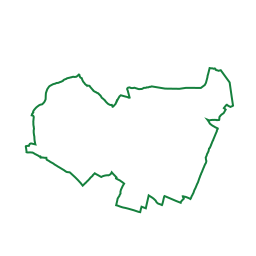 Chiesd, Satu Mare, Romania, rotated 104°
{"feature_id": "2599482B13011976625208", "entity_name": "Chiesd", "entity_type": "district", "adm_level": 2, "iso_a3": "ROU", "parent_name": "Romania", "parent_adm1": "Satu Mare", "projection": "albers", "projection_center": [22.885, 47.378], "detail": "fine", "context": "isolated", "style": "outline", "palette": "green", "viewbox_px": 256, "rotation_deg": 104, "n_neighbors": 0, "source": "geoboundaries", "source_scale": "gbopen_adm2", "svg_char_len": 5811}
<svg xmlns="http://www.w3.org/2000/svg" viewBox="0 0 256 256"><g transform="rotate(104 128 128)"><path d="M176.8,207.9L177.0,207.0L176.7,206.3L176.8,206.0L176.9,205.9L177.7,205.9L177.9,205.7L177.3,203.8L177.2,202.9L177.1,201.9L177.0,201.3L176.8,200.7L176.8,200.2L176.7,200.0L177.9,199.5L178.2,199.4L178.4,199.2L178.7,198.4L178.8,197.7L179.3,196.1L179.7,195.2L179.8,194.7L180.1,193.5L180.5,192.0L180.6,191.6L181.1,190.7L181.3,190.0L181.9,188.0L182.4,186.6L182.8,185.1L183.0,184.5L184.5,179.6L184.9,178.8L185.0,178.3L185.3,177.7L185.5,176.8L185.4,175.7L185.1,173.9L185.2,173.6L188.7,167.2L190.5,164.2L192.8,160.7L194.9,158.0L191.5,155.9L191.2,155.6L189.8,154.9L188.8,154.2L186.1,152.7L185.6,152.6L183.4,151.1L182.9,150.8L182.3,150.7L180.7,149.7L180.0,149.3L180.5,147.8L180.9,146.1L182.0,142.1L181.0,141.0L180.3,139.9L179.8,139.0L179.2,137.7L178.9,136.7L178.6,135.4L178.2,134.9L177.4,134.1L177.0,133.7L176.2,133.5L175.9,133.3L174.9,133.1L176.1,131.4L178.7,127.2L179.6,127.6L179.8,127.5L180.0,126.9L180.4,125.3L180.8,123.3L181.2,122.3L181.5,121.6L182.0,120.2L182.9,118.3L185.5,119.1L189.6,119.9L191.3,119.9L191.9,119.9L193.0,119.5L193.4,119.4L194.0,119.6L195.1,119.9L196.3,120.0L197.4,120.5L198.7,120.9L199.4,121.0L200.3,120.9L205.8,120.8L205.8,119.5L206.1,117.0L206.3,114.5L206.3,113.2L206.2,111.5L206.2,108.3L206.4,102.4L206.8,97.6L206.7,95.8L203.9,95.9L201.1,95.8L201.6,91.3L198.4,91.4L188.4,91.6L189.1,89.5L189.2,89.2L189.4,88.5L190.3,86.2L191.7,83.7L192.3,83.1L192.9,82.6L193.1,82.3L193.9,81.0L194.1,80.0L194.3,77.8L194.5,76.9L194.6,76.4L194.4,76.3L194.2,76.3L191.0,76.2L188.3,76.3L186.1,76.3L185.4,76.2L185.2,76.1L185.5,73.9L187.2,63.4L187.7,59.5L187.8,58.8L186.9,58.8L186.0,58.4L184.9,57.9L183.6,57.0L183.2,56.8L182.8,56.8L182.5,57.0L182.1,57.6L181.4,58.1L181.0,58.3L180.9,58.0L181.0,57.2L180.9,55.5L181.0,54.4L181.2,53.0L181.5,51.2L181.8,50.3L181.0,50.0L178.6,49.7L177.8,49.4L175.8,49.0L175.2,48.8L172.4,48.6L169.8,48.0L165.1,47.3L164.2,47.0L159.4,46.6L158.2,46.4L156.5,46.3L155.3,46.0L154.4,46.0L152.1,45.5L151.4,45.5L150.2,45.3L148.1,45.0L147.3,44.8L146.5,44.8L145.9,44.6L144.7,44.5L144.1,44.3L143.7,44.1L143.2,44.0L141.6,43.9L140.8,44.1L140.4,44.4L139.8,44.7L138.4,45.2L138.1,45.4L137.8,45.4L135.7,45.0L134.1,45.0L132.9,44.6L132.3,44.6L131.5,44.3L129.4,44.3L128.4,44.4L128.0,44.2L127.3,43.7L126.8,43.7L126.5,43.6L126.2,43.6L124.8,43.3L124.4,43.4L124.0,43.2L123.2,43.2L122.5,43.0L121.7,43.0L121.4,42.9L120.4,42.8L120.0,42.7L119.5,42.4L119.0,42.5L114.4,41.8L111.1,41.3L109.7,41.0L108.8,41.2L108.6,41.2L107.6,40.8L106.9,40.7L106.7,40.8L106.2,43.4L105.6,45.3L105.4,46.2L104.9,47.6L104.1,49.3L103.9,49.7L102.1,51.3L101.9,51.7L101.4,52.1L100.7,53.0L100.9,51.7L101.0,51.1L100.7,50.5L100.2,49.4L99.6,47.7L99.4,46.7L99.1,45.8L98.9,44.5L98.8,44.3L98.9,43.7L98.8,43.4L98.3,41.9L98.1,41.5L97.8,41.5L97.6,41.5L95.5,41.9L94.8,41.8L94.4,41.5L93.9,41.4L92.5,40.6L90.9,39.2L90.2,38.7L86.5,37.7L85.5,39.8L82.4,38.4L81.6,37.9L81.5,37.7L82.0,36.9L82.1,36.5L82.1,36.1L82.4,35.6L82.5,34.7L82.7,34.1L82.8,33.8L81.3,31.8L80.9,31.5L72.5,35.0L59.2,40.4L49.5,52.0L50.6,54.0L50.5,54.6L50.4,55.2L50.5,56.3L50.3,57.0L49.8,57.2L49.2,58.2L49.4,58.6L49.8,59.2L49.7,60.5L50.0,62.0L50.1,63.3L56.0,63.3L58.3,63.4L59.5,63.2L65.3,63.3L67.7,63.9L71.5,67.0L75.0,81.4L77.5,87.5L80.8,101.5L81.9,115.1L82.6,116.0L82.6,116.5L82.9,117.1L83.8,118.4L83.8,118.6L83.9,119.1L84.0,119.6L84.7,120.4L84.9,121.2L85.1,121.9L85.2,122.3L85.6,122.7L86.1,123.2L86.4,123.6L86.8,124.0L87.3,125.8L87.6,126.6L87.7,127.6L87.6,128.0L87.4,131.6L88.0,132.7L88.5,134.7L88.2,136.2L88.8,137.6L89.6,138.2L90.4,138.3L91.8,137.3L98.1,133.8L98.4,134.3L98.1,136.4L98.1,139.1L98.0,142.9L99.4,143.9L103.3,145.0L104.8,145.3L104.6,145.5L107.7,145.9L108.5,146.4L109.9,147.1L110.9,147.7L111.1,148.1L109.5,149.3L109.8,150.1L109.9,150.8L109.9,151.3L109.4,153.2L109.1,153.8L108.7,154.4L108.4,155.0L107.6,156.2L107.2,156.7L106.9,156.8L106.8,157.1L105.6,159.3L105.1,160.5L105.0,160.8L104.8,161.1L104.3,161.4L103.7,161.9L103.4,162.5L103.0,162.8L102.8,163.2L102.8,163.4L102.2,164.2L102.1,164.7L101.7,165.0L101.4,165.8L101.4,166.4L101.3,167.1L100.9,167.9L100.9,168.6L100.7,169.1L100.6,169.5L100.4,170.3L100.3,170.5L99.8,170.9L99.8,171.1L98.9,172.3L97.3,174.6L96.6,175.3L96.4,175.6L96.4,175.9L96.6,177.1L96.7,177.4L96.8,177.7L96.9,177.8L96.5,178.1L96.5,178.5L96.5,178.8L95.7,180.4L95.1,181.0L93.8,182.8L92.9,183.5L92.5,183.9L91.2,184.7L90.8,185.0L90.7,186.0L90.4,186.6L89.4,187.4L88.9,188.0L88.4,187.9L88.0,188.6L88.2,188.8L88.9,189.1L90.4,190.2L90.8,190.6L91.3,191.9L91.5,192.8L91.5,193.4L91.6,193.7L92.0,194.5L92.5,195.2L92.8,196.0L93.3,196.8L94.2,198.6L94.8,199.5L95.2,199.7L96.0,200.9L96.6,201.7L97.3,202.3L98.1,202.6L98.5,203.1L99.1,204.0L99.5,204.3L100.0,205.3L100.8,206.2L101.2,206.9L101.4,207.5L101.5,208.0L101.7,208.4L102.3,209.0L102.6,209.4L103.1,210.4L103.7,211.4L105.9,213.8L106.4,214.3L106.9,214.6L107.4,214.8L109.8,215.7L110.7,215.8L113.9,216.1L116.2,215.7L119.5,215.0L120.0,214.9L120.9,215.0L122.4,215.3L123.3,215.6L124.1,216.0L124.9,216.5L125.5,216.8L125.9,217.2L126.1,217.7L126.6,218.7L127.3,219.6L129.1,221.1L130.3,222.0L131.6,222.7L133.0,223.4L134.4,223.9L135.6,224.0L135.8,223.7L137.0,224.1L137.3,224.4L139.0,224.5L139.0,224.1L138.9,223.7L139.2,222.8L140.1,222.1L140.8,222.0L144.9,221.4L145.7,221.1L147.4,220.7L148.4,220.3L148.8,220.2L149.2,219.9L150.4,219.5L151.0,219.2L151.7,219.0L152.5,219.0L153.3,218.9L155.2,218.4L157.8,217.4L158.3,217.1L159.3,216.7L161.4,216.1L163.5,215.3L164.4,214.8L165.3,214.5L166.3,213.9L166.4,218.1L166.7,218.9L167.2,219.4L168.6,219.8L169.4,219.9L169.4,220.6L170.1,222.2L170.4,222.7L170.7,222.7L173.2,221.6L175.8,220.6L176.0,220.6L176.1,220.1L176.0,219.5L175.8,218.7L175.5,217.7L175.2,216.4L175.1,215.6L174.9,214.7L175.2,213.5L175.8,211.7L175.9,210.9L176.1,210.4L176.4,208.8L176.8,207.9Z" fill="none" stroke="#15803d" stroke-width="2"/></g></svg>